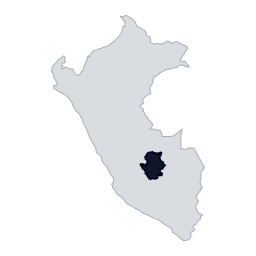 La Convencion, Cusco, Peru (highlighted)
{"feature_id": "86281439B48996208982152", "entity_name": "La Convencion", "entity_type": "district", "adm_level": 2, "iso_a3": "PER", "parent_name": "Peru", "parent_adm1": "Cusco", "projection": "mercator", "projection_center": [-72.836, -12.335], "detail": "fine", "context": "in_parent", "style": "filled", "palette": "ink", "viewbox_px": 256, "rotation_deg": 0, "n_neighbors": 0, "source": "geoboundaries", "source_scale": "gbopen_adm2", "svg_char_len": 8308}
<svg xmlns="http://www.w3.org/2000/svg" viewBox="0 0 256 256"><path d="M189.0,66.1L188.9,66.9L188.0,67.3L187.1,66.8L185.7,66.9L183.7,65.1L178.9,65.4L176.8,67.5L173.7,68.0L170.2,69.0L166.3,69.4L160.2,72.8L158.7,74.2L156.0,76.2L153.7,76.9L152.6,83.1L150.4,86.7L149.5,88.8L150.7,91.7L150.7,93.2L149.4,94.4L148.4,94.6L146.3,95.8L143.2,98.6L142.6,100.7L143.6,103.5L143.3,103.8L140.7,104.4L140.7,105.9L140.2,106.5L142.4,108.7L143.6,109.3L143.7,109.8L143.5,110.4L143.0,110.7L142.9,111.2L144.5,112.8L145.7,116.2L148.0,117.8L148.0,118.9L148.7,119.9L149.9,120.7L152.6,124.1L152.7,125.6L149.8,129.2L154.6,129.2L159.8,130.4L160.6,131.0L161.2,132.6L161.3,133.7L162.3,134.5L162.2,136.5L169.2,136.5L173.6,136.0L180.9,130.0L182.1,129.5L181.4,130.8L181.4,131.8L181.7,132.8L180.9,134.3L180.8,148.9L182.2,148.1L183.9,149.4L185.1,149.5L189.1,147.9L193.7,148.1L204.5,167.3L203.6,168.6L203.6,169.6L202.3,170.4L201.0,172.0L200.9,179.6L199.8,181.9L200.4,183.2L201.0,185.6L202.0,187.1L202.3,188.0L202.2,188.4L200.6,189.2L200.5,190.6L197.9,193.4L197.4,195.2L196.4,195.8L196.2,197.9L198.6,201.4L197.1,203.4L195.6,206.4L198.1,212.8L199.1,213.7L200.1,213.7L201.7,214.2L202.6,215.2L200.6,216.4L200.3,216.9L200.5,219.0L198.3,220.6L195.4,224.7L194.6,224.9L193.1,226.1L192.9,226.7L193.1,227.3L194.4,228.5L194.5,230.0L192.4,231.8L191.0,232.0L190.4,232.5L191.0,235.0L191.0,236.1L190.5,237.4L189.5,238.9L186.4,240.4L183.5,240.6L178.7,236.9L177.2,235.4L172.4,232.2L171.7,228.9L170.1,227.3L167.1,226.1L164.8,224.4L163.1,223.6L158.8,219.9L154.8,218.7L147.5,214.8L143.5,213.5L138.4,209.8L135.7,208.9L133.5,207.2L126.9,203.6L125.8,202.4L124.8,200.6L123.3,199.6L121.7,197.1L119.2,195.7L116.8,193.8L113.9,188.7L112.5,187.6L112.4,185.3L111.5,184.2L112.9,183.4L113.8,179.9L113.3,178.1L110.0,173.3L109.3,171.3L106.9,167.6L106.0,165.4L104.0,163.8L103.2,162.4L102.1,161.8L102.0,160.1L101.3,156.9L100.2,155.3L96.3,152.3L95.9,149.0L95.0,146.7L89.6,137.5L86.5,128.7L83.8,123.8L82.7,121.0L82.6,119.5L80.7,116.9L79.6,114.5L75.2,109.9L72.6,104.8L72.3,103.3L70.5,100.5L67.7,96.9L66.3,95.5L57.8,91.0L53.8,88.2L53.4,86.9L53.6,86.0L54.5,85.3L55.7,85.9L56.4,85.6L57.0,84.6L57.0,83.1L56.2,81.2L53.5,77.4L54.2,75.7L51.5,71.4L52.1,67.2L52.8,66.1L56.9,61.8L58.0,60.0L59.8,58.9L61.6,57.2L63.7,55.9L64.3,56.3L65.0,58.6L64.9,60.1L65.5,61.8L64.0,63.3L62.4,63.0L61.7,63.4L61.5,64.1L61.7,65.3L62.2,65.8L63.4,65.8L61.7,68.0L61.9,68.5L63.0,68.9L64.1,68.3L65.3,67.0L66.0,66.9L70.1,69.1L72.0,68.8L73.5,69.8L73.7,71.4L75.7,74.5L78.8,75.3L79.3,75.0L80.0,73.9L80.7,73.7L80.9,71.9L83.5,70.1L83.9,68.8L83.6,67.9L83.6,67.2L85.2,63.1L85.7,62.7L86.1,61.4L86.8,60.6L87.7,56.0L88.4,56.0L89.1,57.1L89.9,56.8L89.5,55.8L89.6,55.4L92.6,51.7L93.5,50.9L107.8,45.9L115.0,40.7L121.2,33.4L123.2,26.0L123.9,26.5L125.1,26.4L124.7,23.4L125.0,22.0L124.9,21.6L123.0,19.8L122.2,17.9L120.5,16.8L120.6,16.3L122.4,16.8L124.0,16.6L125.4,15.4L126.5,15.5L128.8,17.1L130.5,17.3L131.1,18.5L132.8,19.3L135.2,21.9L136.3,24.6L136.2,25.1L137.2,26.6L139.6,27.3L141.9,29.3L144.3,30.0L145.4,31.8L146.0,32.4L146.3,33.4L146.0,34.7L146.3,35.3L148.1,36.4L149.6,36.5L149.9,37.0L150.8,40.0L150.2,41.6L150.5,42.4L152.4,43.2L153.0,43.8L154.6,44.0L156.9,43.3L159.6,44.2L161.8,43.9L162.8,43.7L163.8,43.0L164.6,43.0L166.8,41.1L167.4,40.9L169.7,41.8L171.7,43.1L174.1,42.8L175.1,42.0L176.9,41.6L180.1,43.2L180.8,44.0L181.6,44.1L185.0,45.7L185.7,46.4L187.4,47.0L187.8,47.5L187.7,48.1L179.7,60.6L182.2,61.7L184.5,61.0L185.7,61.9L186.6,63.9L188.4,65.2L189.0,66.1Z" fill="#d9dde1" stroke="#a8b0b8" stroke-width="1"/><path d="M155.1,179.0L155.4,178.6L155.7,178.5L156.0,178.7L156.5,178.4L156.8,178.1L157.0,178.2L157.2,177.9L157.4,178.0L157.7,177.6L157.8,177.6L157.8,177.2L157.7,176.9L157.7,176.2L157.5,175.8L157.6,175.6L157.4,175.6L157.4,175.3L157.2,174.8L157.5,174.6L157.9,174.5L158.5,174.7L158.7,175.0L159.0,175.0L159.1,175.3L159.4,175.4L159.5,175.6L160.0,175.5L160.3,175.4L160.5,175.5L160.8,175.1L160.7,174.9L160.9,174.8L161.0,174.8L161.1,175.0L161.4,175.0L161.6,175.2L161.7,174.7L162.0,174.8L162.2,174.3L162.2,174.2L162.3,174.1L162.4,173.8L162.2,173.7L161.8,173.4L161.8,173.1L161.7,172.9L161.2,172.7L160.9,172.6L160.6,172.5L160.3,172.0L160.4,171.8L160.1,171.5L160.0,171.3L160.1,170.8L160.0,170.7L160.0,170.0L160.1,169.6L160.5,169.4L160.2,169.2L159.9,169.0L160.0,168.9L160.4,168.9L160.6,169.1L161.2,169.2L161.7,169.3L162.0,169.2L162.3,169.1L162.6,168.9L162.8,168.7L163.0,168.2L162.9,167.9L163.3,167.5L163.5,167.5L163.6,167.4L163.5,167.2L163.6,166.9L163.7,166.5L163.8,166.4L164.2,166.2L164.3,166.1L164.7,166.0L164.9,165.7L164.8,165.4L165.1,165.2L164.7,165.0L164.1,164.6L164.0,164.4L163.9,164.2L163.7,164.3L163.5,164.1L163.4,164.1L163.1,164.0L163.3,163.5L163.2,163.2L163.4,162.8L163.3,162.6L163.3,162.1L162.3,161.8L161.6,161.8L161.2,161.7L161.2,161.4L161.3,161.1L161.0,161.0L161.0,160.8L160.3,160.6L160.3,160.3L160.3,160.1L160.2,160.0L160.2,159.7L160.4,159.3L159.7,158.9L159.7,158.7L159.9,158.5L159.9,158.4L159.8,158.1L159.3,157.8L159.2,157.4L159.5,157.3L159.5,157.1L159.7,156.9L159.8,156.7L160.1,156.6L160.2,156.3L160.4,156.2L160.7,156.0L160.7,155.8L160.6,155.7L160.7,155.3L160.7,155.1L160.8,154.9L160.7,154.9L160.9,154.7L160.9,154.1L161.1,153.7L161.4,153.5L161.5,153.0L161.4,153.0L161.4,152.8L161.0,152.9L161.0,152.6L160.9,152.6L160.7,152.5L160.3,152.6L160.2,152.7L160.1,152.8L159.8,152.8L159.7,153.0L159.7,152.9L159.6,153.0L159.4,153.1L159.3,153.3L159.1,153.2L159.1,153.4L159.0,153.5L158.9,153.5L158.7,153.5L158.4,153.6L158.4,153.8L158.3,153.7L158.3,153.8L158.2,154.0L158.2,153.9L158.2,154.0L157.9,154.1L157.8,154.3L157.7,154.1L157.4,154.1L157.2,154.2L157.3,154.1L157.1,153.9L157.1,154.2L156.9,154.0L157.0,153.9L156.9,153.8L156.7,153.7L156.6,153.8L156.6,153.6L156.4,153.6L156.0,153.6L156.0,153.4L155.8,153.4L155.8,153.2L155.7,153.0L155.2,153.3L154.9,153.4L154.8,153.5L154.9,153.3L154.8,153.2L154.7,153.5L154.7,153.4L154.5,153.5L154.2,153.5L154.3,153.3L154.2,153.3L154.2,153.2L153.8,153.2L153.7,153.1L153.3,153.0L153.2,153.0L153.3,153.1L153.1,153.0L153.3,152.8L153.2,152.8L152.9,152.8L152.7,152.8L152.9,152.7L153.0,152.5L152.9,152.5L152.9,152.3L153.1,152.3L153.0,152.1L152.9,152.1L152.7,152.0L152.6,151.5L152.7,151.4L152.1,151.6L152.0,152.0L151.5,152.2L151.3,152.1L150.7,152.4L150.3,152.3L150.1,152.3L149.8,152.3L149.7,152.4L149.2,152.6L148.5,152.5L148.1,152.6L148.1,152.8L147.7,153.1L147.7,153.3L147.4,153.5L147.2,153.5L147.0,153.8L146.8,154.2L146.7,154.2L146.6,154.4L146.5,154.5L146.8,155.0L146.9,155.3L146.6,155.4L146.4,155.3L146.2,155.7L145.5,156.1L145.0,156.8L144.9,157.1L145.4,157.9L145.4,158.1L145.3,158.5L145.3,159.0L145.6,159.2L146.1,159.4L146.4,159.6L146.7,160.2L147.0,160.3L146.9,160.6L147.1,160.8L147.1,161.0L147.2,161.3L147.4,161.1L147.5,161.3L147.5,161.6L147.4,161.9L147.6,162.0L147.7,162.3L148.0,162.5L147.9,162.8L147.5,162.8L147.0,163.0L146.6,163.8L146.6,164.0L146.3,164.2L146.0,164.2L145.7,164.3L145.6,164.5L145.4,164.5L145.2,164.9L145.2,165.6L145.1,165.8L144.7,165.7L144.6,165.8L144.4,165.5L144.3,165.1L144.0,164.8L143.8,164.4L143.6,164.3L143.4,164.4L142.6,163.8L142.3,163.9L142.1,164.0L141.6,164.0L141.4,164.2L141.1,163.9L140.8,164.0L140.5,164.1L140.6,164.5L140.5,164.9L140.6,165.2L140.6,165.4L140.9,165.4L141.1,165.8L141.4,166.1L141.6,166.1L141.8,166.7L142.0,167.1L142.0,167.7L142.4,167.7L142.6,168.2L142.6,168.7L143.2,169.1L143.3,169.1L143.6,169.0L143.7,169.3L143.9,169.4L143.9,169.6L144.1,169.6L144.4,170.0L144.8,170.5L144.7,170.8L144.9,171.1L145.2,171.3L145.2,171.5L145.3,171.7L146.0,172.2L146.0,172.3L145.9,172.5L146.0,172.7L146.3,172.6L146.3,172.8L146.2,172.9L146.2,173.1L145.9,173.3L146.0,173.3L146.0,173.5L146.4,173.4L146.6,173.5L146.5,173.9L146.4,174.0L146.4,174.3L146.5,174.3L146.5,174.2L146.7,174.3L146.7,174.5L146.9,174.4L146.8,174.6L147.0,174.8L146.8,175.0L147.0,175.1L147.3,175.3L147.4,175.6L147.5,175.7L147.4,175.8L147.4,176.1L147.5,176.1L147.7,176.3L147.8,176.5L147.9,176.8L148.1,176.8L148.1,177.1L148.2,177.3L148.3,177.3L148.6,177.5L148.7,177.8L148.8,177.9L148.9,178.1L149.2,178.2L149.2,178.4L149.3,178.3L149.3,178.5L149.5,178.6L149.8,178.7L150.1,178.6L150.1,178.8L150.3,179.1L150.4,178.9L150.5,178.9L150.5,178.7L150.8,178.9L151.0,178.9L151.1,179.0L151.6,178.9L151.8,178.6L152.1,178.8L152.6,178.3L152.9,178.3L153.2,178.2L153.6,178.3L153.7,178.6L153.9,178.6L154.3,178.8L154.4,178.7L154.5,178.8L154.8,178.7L154.8,178.9L154.8,179.0L155.1,179.0Z" fill="#0f172a" stroke="#020617" stroke-width="1.5"/></svg>